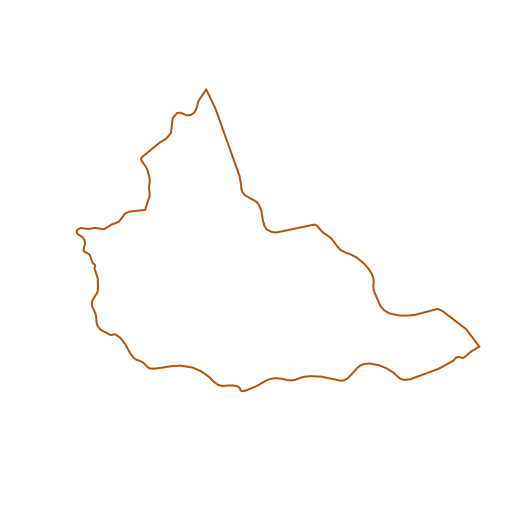 map outline of Anseba (Mercator projection), rotated 338°
{"feature_id": "ERI-1563", "entity_name": "Anseba", "entity_type": "Region", "adm_level": 1, "iso_a3": "ERI", "parent_name": "Eritrea", "parent_adm1": "", "projection": "mercator", "projection_center": [37.716, 16.542], "detail": "fine", "context": "isolated", "style": "outline", "palette": "amber", "viewbox_px": 512, "rotation_deg": 338, "n_neighbors": 0, "source": "natural_earth", "source_scale": "10m", "svg_char_len": 2403}
<svg xmlns="http://www.w3.org/2000/svg" viewBox="0 0 512 512"><g transform="rotate(338 256 256)"><path d="M248.4,100.8L252.4,99.9L255.7,97.4L260.9,90.6L272.1,83.0L272.4,84.8L273.6,104.3L270.7,175.7L268.9,184.2L267.7,187.8L267.4,192.0L268.5,195.5L272.2,200.3L274.8,203.2L276.9,206.2L277.8,209.8L278.0,215.4L275.6,226.6L275.1,231.8L276.1,235.8L279.8,239.8L284.0,241.9L321.8,248.7L323.7,250.3L324.7,252.8L325.7,256.4L327.2,259.8L330.5,264.7L332.6,268.5L335.0,277.8L336.7,282.2L340.4,286.5L344.3,289.9L348.6,294.9L353.4,303.6L355.4,309.5L356.4,314.6L356.6,318.6L356.1,322.0L355.3,324.4L353.8,327.2L352.7,330.3L352.2,334.5L352.6,348.6L354.4,354.3L358.0,359.0L366.1,364.6L373.9,367.9L381.7,370.2L404.2,373.0L406.3,374.6L408.8,377.8L423.4,402.5L429.1,423.6L418.6,425.4L412.4,427.6L410.5,428.0L409.2,427.8L407.3,426.3L406.0,425.6L403.8,425.2L402.4,425.4L400.4,426.9L383.4,429.0L353.0,428.1L347.4,426.6L343.9,424.1L339.4,415.1L334.9,409.0L329.4,403.6L321.5,398.4L316.0,396.7L311.5,396.6L307.5,398.0L298.2,402.5L294.7,403.9L290.5,404.2L287.5,403.2L271.2,392.2L261.7,387.9L256.2,386.2L251.8,385.6L246.0,385.5L242.3,384.7L238.8,382.9L234.1,379.5L228.2,376.5L223.5,375.4L218.9,375.3L207.2,376.9L195.1,376.9L192.6,376.1L191.4,374.8L191.5,373.2L191.2,371.6L190.0,369.8L186.9,367.8L181.9,365.7L176.1,363.9L172.8,361.5L170.1,357.4L166.9,350.1L161.9,342.3L155.6,335.8L145.2,329.5L136.7,326.6L121.2,322.9L117.4,321.5L115.1,320.1L113.9,318.4L111.6,313.0L110.2,311.0L108.8,309.6L107.4,308.4L106.1,307.2L104.9,305.5L103.9,302.8L102.8,298.5L101.7,288.9L100.6,284.3L99.3,280.6L96.0,275.7L91.4,274.9L91.2,274.5L88.8,271.3L86.2,268.5L84.0,265.4L82.9,261.4L83.0,259.0L85.1,252.1L85.6,248.7L85.3,243.1L85.5,240.0L87.1,236.7L89.6,234.4L95.1,230.5L96.8,228.1L100.9,217.6L101.6,207.3L101.9,206.5L103.1,205.1L103.4,204.4L103.2,203.4L102.2,201.8L102.0,201.1L102.3,194.2L101.9,191.9L100.4,189.8L98.7,188.1L98.1,186.2L102.2,180.4L102.9,177.0L102.3,173.7L99.0,169.1L98.7,167.5L99.0,166.1L100.1,164.8L103.5,164.3L106.2,165.5L108.7,167.2L111.6,168.5L115.9,169.2L117.6,169.8L124.1,173.8L125.7,174.1L134.7,172.6L137.2,173.0L142.2,172.7L150.2,167.7L154.9,167.3L170.5,171.7L179.9,160.5L181.3,157.0L182.0,153.1L185.7,146.6L186.7,143.0L187.5,135.7L187.4,132.6L185.5,124.6L185.9,122.6L187.7,121.5L209.7,114.6L216.4,113.7L223.2,110.1L230.4,97.0L236.3,93.9L239.6,94.8L244.6,99.7L248.4,100.8Z" fill="none" stroke="#b45309" stroke-width="2"/></g></svg>